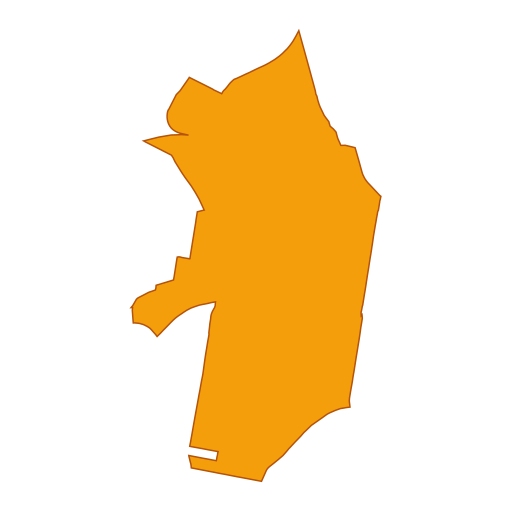 outline of Strathfield, New South Wales, Australia
{"feature_id": "25037944B1137671739470", "entity_name": "Strathfield", "entity_type": "district", "adm_level": 2, "iso_a3": "AUS", "parent_name": "Australia", "parent_adm1": "New South Wales", "projection": "orthographic", "projection_center": [151.074, -33.88], "detail": "fine", "context": "isolated", "style": "filled", "palette": "amber", "viewbox_px": 512, "rotation_deg": 0, "n_neighbors": 0, "source": "geoboundaries", "source_scale": "gbopen_adm2", "svg_char_len": 5607}
<svg xmlns="http://www.w3.org/2000/svg" viewBox="0 0 512 512"><path d="M380.9,196.3L379.9,195.6L371.7,186.8L368.2,183.1L367.8,182.7L367.4,182.2L367.0,181.7L366.6,181.2L366.3,180.8L365.7,179.9L365.5,179.6L365.1,179.1L364.6,178.2L364.1,177.3L363.7,176.4L363.3,175.6L362.9,174.8L362.6,174.0L362.3,173.1L362.0,172.2L358.6,159.9L355.1,147.7L352.8,147.1L347.8,145.9L345.2,145.3L340.8,145.4L340.4,144.5L340.2,143.9L340.0,143.5L339.9,143.2L338.4,139.9L337.9,138.7L337.8,138.4L337.6,137.9L336.5,133.9L336.3,132.9L336.2,132.7L336.1,132.3L335.9,131.9L335.7,131.7L335.5,131.4L333.1,128.7L332.9,128.6L330.3,126.3L330.0,125.9L329.9,125.7L329.9,125.4L329.4,123.7L329.2,123.3L329.0,122.1L328.6,121.4L325.5,117.3L324.1,115.3L320.9,108.6L320.2,107.2L319.1,104.4L318.4,102.1L317.8,100.2L316.9,96.2L316.7,95.8L316.3,95.0L315.9,94.3L315.3,90.8L314.2,86.7L312.5,80.4L312.3,79.8L310.4,72.7L308.5,65.8L306.8,59.6L304.4,50.9L300.4,36.5L298.8,30.7L297.1,33.9L295.9,36.2L294.5,38.6L293.3,40.7L292.1,42.5L290.8,44.3L289.5,46.0L288.1,47.7L286.7,49.3L286.1,49.8L283.8,52.1L283.1,52.8L282.4,53.5L281.7,54.1L281.0,54.7L279.6,55.9L277.2,57.7L274.7,59.5L272.1,61.1L270.9,61.8L269.5,62.7L266.9,64.1L265.0,65.1L263.1,66.0L260.9,67.0L259.3,67.7L257.4,68.6L255.1,69.7L248.3,73.0L246.0,74.0L244.1,74.9L240.3,76.7L238.5,77.5L236.6,78.4L234.2,79.3L233.2,80.1L232.3,80.9L231.4,81.8L230.5,82.6L229.7,83.6L228.9,84.5L228.2,85.5L227.4,86.5L226.7,87.4L225.9,88.3L225.5,88.8L225.0,89.3L224.5,89.8L224.2,90.1L223.8,90.4L223.5,90.8L223.2,91.2L222.9,91.6L222.6,92.0L222.4,92.5L221.7,93.7L220.3,93.0L214.6,90.3L213.9,90.0L213.6,89.8L213.1,89.4L211.8,88.7L204.7,85.1L189.3,77.4L188.9,78.1L180.1,90.7L176.3,94.6L172.2,102.6L168.9,109.1L168.6,109.5L168.4,109.7L167.7,111.3L167.3,113.2L167.1,115.3L167.1,117.5L167.3,119.4L167.6,120.9L168.0,122.3L168.5,123.7L169.2,125.1L169.9,126.3L170.2,126.7L170.5,127.1L171.0,127.8L171.3,128.1L172.1,128.9L172.9,129.6L173.9,130.3L174.8,130.9L175.8,131.5L177.7,132.4L179.7,133.1L181.8,133.6L187.5,134.9L188.5,135.1L188.3,135.1L187.3,135.0L181.4,134.6L177.8,134.8L171.2,135.0L158.8,137.1L156.4,137.7L154.0,138.3L151.1,139.0L143.7,140.9L144.5,141.3L144.7,141.5L144.9,141.6L145.0,141.7L151.9,145.2L165.2,152.0L171.3,155.1L171.6,155.3L172.2,156.4L173.0,157.5L175.0,161.7L181.0,171.4L182.3,173.4L185.0,177.4L191.4,186.2L195.4,192.6L199.1,199.1L203.2,207.9L203.9,209.5L204.2,210.1L202.9,210.4L201.6,210.7L201.2,210.8L197.3,211.8L196.0,220.0L195.9,220.8L195.8,221.8L190.8,252.8L190.0,258.1L189.9,258.7L189.8,258.8L181.9,257.5L181.3,257.3L180.7,257.1L180.1,257.0L179.4,256.9L178.8,256.9L178.2,256.9L177.6,257.0L177.2,257.1L177.2,257.3L177.1,257.9L177.0,258.1L174.1,276.8L173.7,279.0L173.5,280.0L157.0,285.0L156.1,285.3L155.9,288.0L155.4,290.0L150.6,291.7L150.4,291.7L149.6,292.0L148.8,292.3L148.0,292.7L147.2,293.1L143.8,294.9L138.5,297.6L138.3,297.7L138.0,297.9L137.8,298.1L137.6,298.2L137.3,298.4L137.1,298.7L136.9,298.8L136.5,299.2L136.4,299.4L136.2,299.6L136.1,299.8L132.8,305.5L131.1,307.6L132.6,307.5L132.3,310.3L133.2,322.3L133.3,323.0L134.4,322.9L135.6,323.0L136.8,323.1L138.0,323.2L139.1,323.4L140.3,323.6L141.4,324.0L142.6,324.3L143.7,324.7L144.8,325.2L145.9,325.8L147.0,326.3L148.4,327.2L149.6,328.0L150.5,328.8L151.8,330.2L153.1,331.7L155.6,334.5L157.1,336.5L160.6,333.1L162.9,330.6L165.6,327.9L170.6,322.7L172.9,320.4L175.2,318.3L177.2,316.7L179.9,314.8L181.6,313.7L183.6,312.3L185.0,311.4L186.5,310.4L188.4,309.4L190.6,308.2L194.3,306.8L199.4,305.1L200.9,304.8L203.7,304.2L204.0,304.2L208.0,303.4L210.8,302.7L213.5,302.2L215.5,301.9L215.3,303.8L215.2,305.6L214.7,307.3L212.9,310.5L212.2,311.9L211.4,313.9L210.9,316.0L210.6,319.2L209.9,323.4L209.4,328.1L208.9,332.4L208.9,333.4L209.0,334.3L208.6,336.8L207.6,342.3L206.6,348.6L205.8,353.3L204.8,360.0L202.9,373.9L202.8,374.5L202.2,377.6L201.4,381.6L200.3,387.9L199.9,390.2L199.0,394.8L198.4,398.2L195.8,412.4L195.2,415.7L193.8,423.5L191.8,435.0L190.4,442.8L189.7,446.3L191.1,446.6L202.2,448.6L207.8,449.7L218.1,451.6L217.9,452.3L217.7,453.3L217.4,455.3L217.1,456.4L216.9,457.4L216.6,459.4L216.3,460.7L215.2,460.5L209.0,459.3L203.4,458.3L196.7,457.0L190.4,455.8L188.8,455.5L189.0,456.7L189.4,458.3L190.4,462.4L190.8,463.7L191.1,465.7L191.3,467.9L196.5,468.9L211.0,471.7L214.2,472.3L217.6,473.0L223.0,474.0L224.2,474.2L230.8,475.5L237.4,476.8L240.3,477.3L258.3,480.7L261.5,481.3L266.4,470.3L266.7,469.8L266.9,469.4L267.3,468.9L267.9,468.1L269.6,466.5L271.3,465.2L272.8,464.0L274.2,462.9L275.5,461.8L275.9,461.5L277.7,460.0L278.4,459.5L279.7,458.3L281.4,456.9L283.0,455.5L286.6,451.4L288.9,448.6L289.7,447.8L293.7,443.5L295.2,441.9L298.3,438.7L300.8,436.1L303.9,432.5L305.0,431.5L306.3,430.3L311.5,425.2L312.2,424.8L314.7,423.0L319.0,420.0L327.0,414.3L328.4,413.5L330.0,412.7L334.6,410.7L335.3,410.4L338.1,409.4L340.3,408.6L344.6,407.9L344.9,407.8L346.1,407.6L350.0,407.1L349.9,406.3L349.4,402.0L349.3,400.8L349.4,399.2L349.5,398.0L350.0,394.9L350.9,389.6L351.4,386.8L352.0,383.5L352.6,379.9L352.7,378.9L353.6,373.4L353.9,371.9L355.1,364.2L356.2,357.2L356.9,353.0L358.3,344.4L359.2,338.8L359.6,336.1L360.3,331.5L360.4,330.6L360.8,327.6L361.0,326.4L361.5,323.5L362.3,318.5L362.3,318.1L362.2,316.9L362.1,315.6L362.0,314.7L361.2,315.7L361.1,313.5L361.1,312.6L361.2,311.7L361.5,310.7L362.3,306.3L362.7,305.2L364.2,295.7L365.0,291.0L365.9,285.3L367.4,275.3L368.6,268.1L369.2,264.1L370.3,257.0L370.6,255.4L371.6,249.0L371.9,246.8L372.3,244.5L373.5,236.0L374.5,230.1L374.9,227.7L375.3,225.3L376.0,221.5L376.6,217.8L377.2,214.7L377.7,211.6L378.2,210.6L378.4,210.2L379.3,204.5L379.7,202.0L379.8,200.8L380.2,199.8L380.9,196.3Z" fill="#f59e0b" stroke="#b45309" stroke-width="1.5"/></svg>